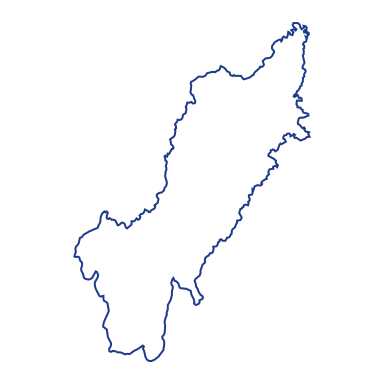 Vazante, Minas Gerais, Brazil (Natural Earth projection)
{"feature_id": "56859067B85827505111721", "entity_name": "Vazante", "entity_type": "district", "adm_level": 2, "iso_a3": "BRA", "parent_name": "Brazil", "parent_adm1": "Minas Gerais", "projection": "natural_earth1", "projection_center": [-46.846, -17.863], "detail": "fine", "context": "isolated", "style": "outline", "palette": "blue", "viewbox_px": 384, "rotation_deg": 0, "n_neighbors": 0, "source": "geoboundaries", "source_scale": "gbopen_adm2", "svg_char_len": 5963}
<svg xmlns="http://www.w3.org/2000/svg" viewBox="0 0 384 384"><path d="M163.4,350.1L163.5,348.2L164.1,346.3L164.2,341.7L163.7,340.2L162.6,338.8L162.2,336.8L164.2,334.2L164.7,332.4L165.2,325.1L164.7,323.8L164.6,321.8L165.4,318.2L166.8,314.9L166.6,313.0L167.8,309.2L167.8,305.1L170.5,300.3L171.9,295.3L171.9,291.1L172.8,288.2L172.7,286.2L171.6,284.6L171.2,283.0L172.4,279.2L173.4,278.0L174.7,281.0L176.4,281.4L177.5,282.5L178.5,283.9L179.6,287.4L180.6,288.2L186.3,288.8L190.8,290.9L191.3,294.3L194.0,299.8L194.4,301.9L194.0,303.5L195.1,304.6L196.4,304.9L198.8,303.7L199.6,302.3L199.4,300.3L202.3,299.1L203.0,297.4L202.4,296.1L200.2,294.5L198.1,290.6L197.8,289.1L196.0,286.3L195.8,284.2L194.6,280.5L195.6,278.9L199.7,275.5L200.6,272.5L200.4,271.0L200.9,269.3L202.6,264.7L205.1,262.4L204.8,260.1L205.3,257.8L207.5,256.0L208.6,255.7L210.1,253.2L211.4,253.2L212.8,252.2L213.7,248.7L213.2,246.7L216.3,246.4L217.6,244.7L218.0,242.4L219.5,241.6L219.6,240.0L221.0,239.2L222.6,240.7L225.4,240.8L227.2,237.6L228.7,237.5L230.1,236.3L230.6,234.6L231.6,233.9L231.8,230.8L232.6,229.2L235.1,227.2L235.4,225.7L237.1,222.6L237.0,220.7L240.0,220.2L241.1,219.1L241.7,217.4L239.2,213.0L240.4,209.0L241.7,208.7L242.3,207.3L243.4,207.0L244.0,205.1L245.8,204.6L248.0,205.3L248.6,203.5L248.1,202.0L249.6,200.7L249.6,198.4L248.8,197.0L249.0,195.2L252.0,194.5L252.5,193.1L252.5,189.5L253.3,190.5L254.6,186.4L257.7,185.1L259.5,185.5L261.6,185.1L262.2,183.9L261.2,183.0L262.0,181.6L265.2,179.3L266.7,179.0L266.5,177.3L267.1,176.0L269.1,174.2L268.4,172.8L268.5,171.1L269.6,169.3L273.3,168.8L273.1,166.8L274.3,166.2L275.7,166.0L277.2,167.2L277.9,165.2L276.4,163.9L275.7,162.2L276.0,160.7L273.5,158.6L268.4,155.9L268.5,154.3L270.7,152.0L270.8,150.2L271.9,150.2L272.9,149.4L274.3,150.1L275.3,151.4L277.7,149.8L279.5,144.7L280.4,143.6L281.4,144.2L285.9,141.7L284.6,139.2L283.3,138.7L283.3,137.1L284.2,135.4L286.3,135.0L287.4,133.6L289.3,133.5L290.4,134.8L290.5,136.3L292.8,135.2L293.6,134.0L295.0,134.8L294.0,135.8L294.7,138.0L296.2,137.7L300.6,140.5L305.5,138.5L306.9,137.0L309.6,136.8L308.1,133.9L309.2,132.3L307.6,131.7L306.3,131.9L305.0,130.9L304.4,129.8L305.0,128.7L304.0,127.4L302.9,128.3L301.7,127.5L300.2,125.3L298.0,123.9L297.8,122.2L298.8,118.5L300.2,117.7L303.6,117.6L308.5,115.5L308.2,113.8L303.5,112.6L302.7,111.3L302.6,109.7L301.3,109.3L300.3,107.5L298.7,107.7L297.3,107.0L297.5,105.7L296.4,104.3L296.9,100.6L301.8,100.8L301.6,98.6L300.4,97.7L299.2,98.2L298.3,96.8L298.0,95.3L296.6,95.0L295.9,96.2L294.8,96.9L293.7,96.4L294.2,95.1L296.6,93.1L296.8,91.4L298.0,90.7L299.8,88.1L300.2,86.4L301.7,85.4L301.7,83.6L302.8,81.6L303.0,77.6L304.4,76.4L304.0,74.5L305.7,71.4L305.2,69.7L302.7,68.3L302.6,66.5L304.5,62.8L302.8,55.5L303.7,54.0L303.8,50.9L303.2,49.1L304.2,48.1L304.2,45.6L303.0,44.6L303.8,42.5L306.2,41.4L306.5,39.0L305.8,36.9L307.0,37.7L307.5,35.5L308.9,34.4L308.6,32.7L307.1,32.2L307.1,33.6L305.6,32.2L304.2,32.5L303.8,31.2L304.9,30.1L306.4,29.3L306.7,27.7L305.5,26.2L303.6,25.8L304.0,27.5L301.6,29.2L300.6,27.9L299.6,24.6L297.9,23.1L293.5,23.0L292.7,24.9L293.4,26.6L296.4,29.2L295.6,30.5L294.4,29.6L292.9,29.4L291.3,30.1L293.4,32.3L292.4,35.1L290.1,34.4L289.6,32.6L288.3,31.9L287.8,35.0L286.8,37.7L285.3,37.6L283.7,36.5L282.3,38.0L282.3,39.9L281.2,41.3L280.4,39.6L278.7,39.9L274.9,42.1L272.2,45.8L271.9,47.9L272.6,49.7L273.8,50.7L274.1,52.4L273.0,53.8L272.5,55.4L270.3,57.7L265.4,58.5L262.8,61.0L263.9,64.8L262.8,66.4L261.4,67.0L260.2,66.6L259.7,67.9L254.5,72.6L253.4,75.1L252.2,75.4L250.6,77.0L247.5,78.3L243.5,79.3L240.9,75.9L235.3,75.9L233.9,75.1L232.8,76.0L230.4,75.2L229.7,72.5L227.0,71.3L225.3,68.7L223.1,67.1L220.7,66.1L219.8,69.0L218.4,70.5L216.9,70.7L215.4,72.1L212.3,71.9L207.1,73.2L205.5,75.6L202.9,76.8L198.6,76.6L194.5,80.0L191.0,82.0L190.6,83.7L191.3,85.6L190.5,92.4L191.4,94.4L193.0,95.1L195.4,101.7L194.8,103.2L192.9,103.5L191.3,101.9L189.7,102.7L187.3,102.6L186.5,105.6L185.7,106.9L186.5,108.5L185.7,113.1L183.1,114.7L182.3,118.2L181.4,119.4L179.6,120.0L177.6,119.7L177.3,121.3L174.9,124.4L176.0,126.2L176.0,128.4L174.9,129.4L175.4,131.0L174.8,135.0L173.9,136.6L170.0,139.4L170.7,141.3L171.1,144.4L172.6,145.7L173.5,147.4L173.1,148.8L171.7,149.0L169.2,153.8L167.7,153.6L167.7,155.4L167.0,156.6L165.8,155.5L164.5,156.4L165.0,157.6L165.5,160.6L166.7,161.4L166.7,163.0L165.8,166.2L166.4,167.9L166.3,170.1L165.4,172.3L165.5,174.4L165.0,175.8L166.8,182.0L166.8,183.9L166.0,186.3L164.7,187.6L163.7,190.8L161.6,192.5L159.2,192.9L156.8,194.5L156.8,196.3L158.5,199.1L157.7,202.8L154.5,205.3L155.3,206.5L154.4,208.6L150.8,210.5L150.3,211.9L148.9,212.1L147.9,211.0L144.9,209.5L144.2,211.9L142.7,213.7L140.8,214.1L139.5,215.6L140.3,216.6L140.0,218.2L138.9,219.6L137.7,219.6L136.6,218.4L134.6,220.9L133.2,221.4L131.6,221.2L131.5,224.6L127.0,228.4L125.8,227.4L124.7,224.0L123.4,222.9L121.7,222.6L119.3,224.8L117.8,225.4L115.3,220.4L112.8,219.6L111.7,219.8L109.7,218.1L108.4,219.0L107.1,218.6L106.6,216.9L107.7,212.7L106.7,211.5L105.5,212.4L104.4,211.4L102.2,213.6L101.3,215.6L100.7,217.1L100.2,222.5L98.7,225.1L97.7,227.8L89.3,231.4L83.8,234.6L81.7,237.2L79.9,237.9L78.8,242.8L78.1,244.4L75.8,246.9L75.4,248.6L75.8,251.8L74.4,256.4L75.5,257.1L78.0,256.7L79.3,257.4L80.0,260.3L82.0,262.6L82.2,265.0L81.1,269.0L81.4,270.8L83.1,274.0L83.9,277.8L85.5,278.9L87.5,279.4L88.9,279.5L90.6,278.9L92.1,278.0L95.8,271.4L97.0,272.1L98.2,275.2L97.7,277.3L94.8,282.4L94.9,285.9L95.8,289.0L99.3,295.8L100.7,296.6L103.4,295.8L103.4,299.1L104.0,300.7L106.5,302.2L107.5,303.4L108.8,311.2L104.2,321.4L103.3,324.5L103.2,326.7L106.9,329.6L107.8,336.8L111.0,343.1L111.0,344.8L110.5,346.8L109.2,348.5L109.2,350.9L110.4,351.8L111.5,351.7L112.5,350.9L115.6,351.3L117.5,352.3L121.2,352.5L124.8,354.3L127.8,353.8L129.1,354.1L130.2,353.8L134.0,350.9L137.6,349.2L142.7,345.6L143.9,346.6L142.9,348.4L144.2,351.2L145.3,356.4L146.5,359.0L147.6,360.2L149.5,361.0L151.5,361.0L154.5,359.7L158.3,356.8L163.4,350.1ZM307.1,32.2L306.5,30.9L305.6,32.2L307.1,32.2Z" fill="none" stroke="#1e3a8a" stroke-width="2"/></svg>